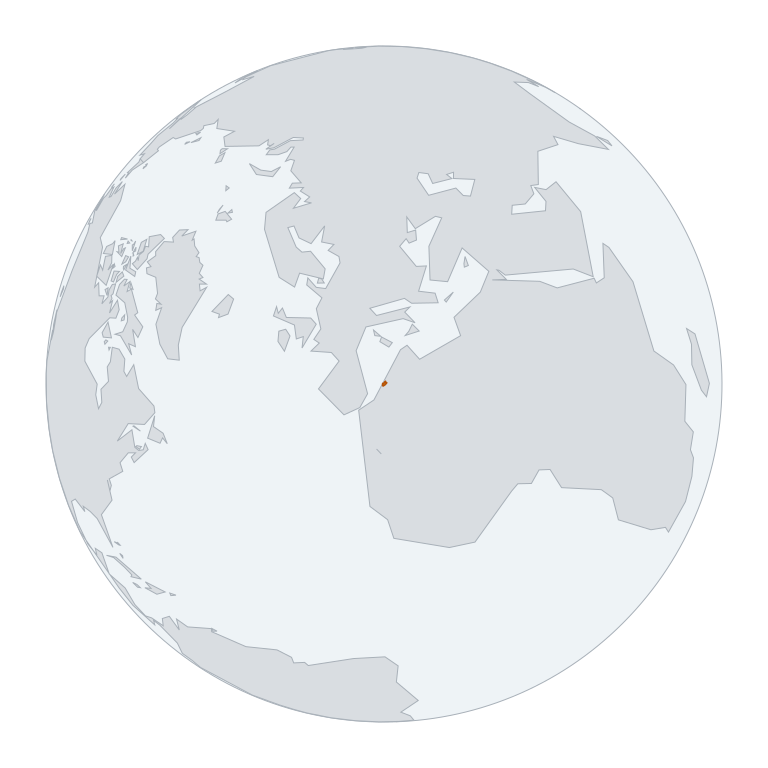 globe centered on Tissemsilt, rotated 312°
{"feature_id": "DZA-2206", "entity_name": "Tissemsilt", "entity_type": "Province", "adm_level": 1, "iso_a3": "DZA", "parent_name": "Algeria", "parent_adm1": "", "projection": "orthographic", "projection_center": [1.694, 35.775], "detail": "fine", "context": "on_globe", "style": "filled", "palette": "amber", "viewbox_px": 768, "rotation_deg": 312, "n_neighbors": 0, "source": "natural_earth", "source_scale": "10m", "svg_char_len": 10708}
<svg xmlns="http://www.w3.org/2000/svg" viewBox="0 0 768 768"><g transform="rotate(312 384 384)"><circle cx="384" cy="384" r="338" fill="#eef3f6" stroke="#a8b0b8"/><path d="M112.5,182.8L126.9,164.7L126.3,165.5L145.3,144.8L165.9,125.9L175.8,117.9L202.6,101.5L193.9,107.4L201.4,103.6L212.8,96.4L218.4,92.7L259.5,76.4L298.8,62.3L306.5,58.0L308.6,59.5L319.8,52.8L338.0,49.3L320.3,53.4L320.7,54.2L334.6,51.2L338.0,51.5L346.7,50.6L349.6,51.5L339.0,54.8L340.6,55.7L350.4,53.7L359.4,54.1L344.8,56.7L359.1,57.8L344.0,65.6L302.9,75.2L297.3,83.3L262.3,104.2L268.3,104.2L258.9,113.3L262.2,117.0L254.8,120.7L263.9,120.6L270.1,116.7L276.2,115.5L278.7,117.6L269.7,122.3L267.1,122.0L265.7,124.5L260.1,126.1L264.3,126.5L253.1,132.5L267.9,129.9L262.0,137.5L253.5,140.7L249.7,135.9L220.5,134.5L210.8,137.8L200.8,146.4L192.0,170.9L183.1,177.0L174.6,188.4L181.5,186.6L190.7,177.2L201.6,177.5L211.5,166.9L217.4,165.8L229.5,157.5L232.6,163.8L229.1,174.7L219.3,182.3L217.4,187.7L230.9,185.1L216.4,204.7L213.7,227.8L209.4,232.9L193.7,233.1L183.4,220.4L163.1,224.0L181.3,227.3L170.2,241.2L170.5,246.2L174.0,249.1L180.1,246.3L177.4,252.6L158.4,250.9L160.6,245.1L166.6,245.4L161.7,240.0L148.9,240.5L144.3,248.3L129.7,243.3L126.2,249.2L121.1,251.9L127.6,242.6L115.7,259.6L97.8,261.4L81.2,291.9L92.1,260.9L92.7,250.9L91.9,242.4L89.0,247.1L91.9,231.5L87.7,230.3L76.0,249.0L67.0,270.8L64.7,285.2L68.7,279.4L69.8,287.3L59.0,306.9L59.2,328.1L53.4,346.4L52.1,361.9L54.7,367.8L56.6,381.7L61.4,376.2L67.7,379.9L64.2,396.5L70.5,387.1L72.1,400.6L86.7,419.4L84.6,421.7L96.4,457.1L114.8,482.4L119.0,498.2L116.3,503.5L124.0,511.3L124.1,516.1L159.6,545.1L181.9,567.3L184.0,583.1L170.8,592.6L171.7,621.2L151.4,616.1L155.0,625.6L154.2,631.2L140.8,618.6L146.4,624.2L129.7,606.5L114.4,587.7L100.4,567.8L88.0,546.9L81.8,534.6L75.3,520.5L64.6,494.0L50.6,437.4L50.2,426.0L48.9,414.4L53.2,403.8L54.8,378.7L54.1,371.1L51.6,374.8L51.5,345.7L55.2,323.7L71.0,256.7L82.7,230.9L96.6,206.2L112.5,182.8ZM76.0,300.7L76.6,334.2L71.5,324.9L73.4,324.4L74.2,313.7L74.1,299.2L71.0,292.4L76.0,300.7ZM86.8,293.5L86.3,289.0L87.5,292.2L86.8,293.5ZM220.4,91.2L212.6,96.3L201.1,103.2L207.1,98.7L220.4,91.2ZM242.9,80.3L240.2,82.2L232.1,85.0L236.2,83.0L242.9,80.3ZM311.1,55.5L304.1,57.5L309.7,55.6L311.1,55.5ZM347.4,50.3L348.3,49.9L352.4,49.7L347.4,50.3ZM227.0,154.7L228.1,156.1L225.3,156.9L227.0,154.7ZM231.1,150.0L226.8,150.0L228.2,147.8L230.7,147.8L231.1,150.0ZM360.6,51.1L366.9,51.3L358.6,51.6L360.6,51.1ZM235.9,150.6L231.0,144.0L233.5,140.2L245.3,137.5L235.9,150.6ZM369.4,51.9L384.9,53.3L388.2,52.1L387.6,57.2L374.6,53.8L363.9,54.0L369.9,52.9L369.4,51.9ZM270.9,114.6L264.5,118.9L267.5,113.5L270.9,114.6ZM271.4,111.5L271.9,98.3L282.8,93.6L280.4,98.7L292.5,91.6L297.5,95.7L291.9,100.5L284.0,102.6L292.0,102.7L271.4,111.5ZM384.7,60.3L386.9,61.4L382.6,60.9L384.7,60.3ZM278.8,114.7L278.0,112.2L287.3,107.8L290.7,112.1L286.6,112.0L278.8,114.7ZM293.2,88.1L300.7,85.9L306.8,88.5L310.6,88.2L298.5,95.5L293.2,88.1ZM285.8,114.1L292.2,114.5L290.1,118.5L280.3,116.9L285.8,114.1ZM288.3,105.0L292.8,103.2L291.4,105.5L288.3,105.0ZM286.4,134.2L285.2,130.8L289.9,128.1L286.4,134.2ZM294.7,114.3L295.4,113.0L297.1,111.7L300.8,112.8L294.7,114.3ZM303.7,97.1L304.6,98.8L308.9,94.2L313.7,96.4L304.7,101.0L310.6,100.0L312.1,100.7L303.2,103.8L303.7,97.1ZM309.7,110.3L300.0,117.7L301.3,124.4L297.1,126.8L295.8,115.7L309.7,110.3ZM306.6,106.1L307.6,109.1L301.9,110.3L297.7,109.0L306.6,106.1ZM320.1,96.4L315.1,91.8L317.2,91.0L320.1,96.4ZM311.2,111.9L313.5,110.1L312.0,112.2L311.2,111.9ZM318.6,100.7L316.6,99.1L319.0,98.2L318.6,100.7ZM319.8,108.2L316.7,110.4L313.8,109.5L319.8,108.2ZM320.2,104.5L324.1,103.8L314.6,107.8L318.9,103.9L320.2,104.5ZM321.3,100.2L322.1,99.1L321.8,101.0L321.3,100.2ZM332.8,110.9L321.5,116.2L315.1,113.9L326.9,108.9L332.8,110.9ZM472.8,57.9L464.5,57.2L430.1,53.7L445.1,54.9L444.9,56.1L452.2,57.6L462.5,58.9L461.7,58.1L494.6,70.5L525.7,81.7L515.8,75.5L517.9,75.0L544.6,86.7L594.6,119.7L595.2,120.2L606.3,129.5L606.9,130.1L601.0,125.1L613.2,136.5L605.2,129.8L618.6,142.8L622.6,145.6L614.7,137.3L629.9,152.4L631.1,153.5L646.8,171.6L661.2,190.8L674.2,210.9L685.8,231.9L692.3,245.8L693.0,247.2L701.9,269.4L709.2,292.2L709.2,292.3L712.9,306.6L715.0,316.2L712.7,305.8L705.8,286.2L708.5,300.0L704.7,289.7L695.6,278.8L697.4,298.7L702.6,346.3L709.3,374.6L708.5,393.8L692.7,367.7L681.5,344.3L678.3,353.1L659.9,342.6L635.5,365.2L629.7,360.3L625.6,368.1L612.3,368.5L602.6,359.7L595.6,365.3L620.8,388.1L628.1,382.2L630.9,364.4L636.9,374.4L649.4,376.5L643.7,414.8L603.7,467.7L596.1,447.7L546.1,401.3L545.5,393.6L545.2,392.8L544.3,391.5L543.6,404.8L533.8,394.8L564.5,431.0L571.3,448.4L603.2,469.4L601.2,474.2L610.3,476.6L635.0,452.6L636.0,459.8L626.6,500.6L589.1,562.5L591.9,586.5L585.6,608.8L557.6,632.5L555.4,645.9L540.2,655.7L536.2,663.4L521.4,674.6L498.4,686.7L464.3,694.5L465.8,689.1L454.3,679.9L439.9,649.1L452.4,630.2L450.9,616.2L425.8,585.3L431.6,564.6L423.9,556.7L408.7,560.1L399.4,550.2L389.8,550.5L327.4,557.4L306.2,542.0L275.9,494.6L285.6,477.5L283.6,455.5L347.6,382.7L365.4,387.2L420.5,373.3L428.2,375.2L426.2,393.9L471.2,408.6L480.4,391.4L516.7,394.1L537.9,386.5L537.4,351.0L502.6,362.8L492.1,348.6L516.4,325.2L546.1,315.7L543.0,310.0L520.4,303.3L523.4,289.1L512.1,300.0L519.6,304.5L512.7,311.8L505.5,308.4L506.8,303.2L496.8,303.5L493.0,329.3L500.1,336.5L476.1,347.6L485.7,361.2L480.6,369.9L462.5,350.5L461.3,341.9L430.8,322.8L429.9,332.6L458.6,351.7L451.3,351.3L450.3,366.1L445.4,354.5L414.3,332.4L390.1,341.0L365.8,378.3L350.3,381.8L334.3,374.9L336.5,338.6L371.0,335.3L372.2,323.8L359.6,307.7L371.1,308.5L370.2,302.0L382.7,300.2L394.7,283.3L406.5,280.2L405.9,260.3L411.9,256.4L410.5,269.0L415.9,276.8L444.6,270.3L448.6,265.2L445.9,253.1L454.2,253.4L447.8,242.6L461.8,234.1L439.5,235.9L435.7,223.1L441.2,211.4L435.9,207.9L427.0,227.1L427.1,234.8L433.5,240.6L430.2,263.2L421.5,268.6L409.9,247.1L396.2,252.7L393.1,234.7L419.0,191.7L432.6,181.5L466.2,189.3L466.1,198.0L454.0,199.1L470.1,208.9L466.4,202.9L473.3,203.6L471.4,192.7L476.2,192.7L466.2,182.6L471.9,181.5L478.1,187.9L480.1,172.1L490.3,167.8L488.5,164.3L483.6,161.8L499.9,158.7L497.8,156.3L491.7,156.3L483.6,151.9L475.6,143.1L481.6,142.5L485.3,145.5L502.2,151.6L511.2,160.6L512.9,159.5L506.5,151.6L485.9,144.1L479.4,139.1L489.3,141.4L485.2,140.2L483.8,137.5L488.2,134.6L477.3,131.7L454.2,106.9L460.4,99.7L471.8,103.8L462.0,88.8L469.7,83.7L464.0,83.5L455.5,77.3L453.0,78.7L449.7,78.2L426.7,65.2L426.1,62.4L409.8,58.4L406.8,58.5L406.4,60.3L387.6,57.2L388.2,52.1L394.8,51.9L390.8,49.5L406.4,49.8L417.4,49.7L436.9,52.7L443.9,53.0L441.4,52.1L449.2,52.7L469.1,57.0L472.8,57.9ZM330.7,422.0L330.2,428.8L330.7,422.0ZM581.5,322.5L596.8,314.6L583.2,298.1L587.9,294.0L581.6,290.3L582.1,297.0L565.6,286.0L569.8,276.1L564.5,268.4L559.1,270.8L554.1,290.9L577.7,306.3L577.1,316.8L581.5,322.5ZM87.2,419.8L88.6,425.3L85.9,422.3L87.2,419.8ZM68.4,330.0L69.7,334.5L69.6,339.2L68.1,336.9L68.4,330.0ZM85.3,364.7L87.9,370.7L84.1,367.2L85.3,364.7ZM77.3,339.0L83.0,360.5L75.8,355.9L72.6,342.6L76.2,347.7L77.3,339.0ZM81.3,300.9L81.5,304.6L79.8,306.8L81.3,300.9ZM87.7,295.9L87.2,295.2L88.1,291.5L87.7,295.9ZM171.4,241.3L172.8,241.6L175.2,245.6L171.9,245.9L171.4,241.3ZM199.6,252.8L194.6,262.9L195.8,255.5L190.1,257.2L185.6,244.6L207.0,234.8L198.1,241.2L199.6,252.8ZM185.6,226.1L186.0,234.5L184.7,225.7L185.6,226.1ZM352.9,270.5L358.9,274.3L356.8,282.0L341.7,288.1L344.7,276.7L352.9,270.5ZM367.9,278.0L360.6,256.3L369.6,252.4L365.8,258.1L372.5,257.7L368.1,266.9L384.0,285.4L383.1,293.6L355.9,299.0L365.2,292.3L358.8,288.7L367.9,278.0ZM325.8,215.0L322.8,207.6L346.3,208.4L346.5,215.4L331.6,221.3L322.6,216.6L325.8,215.0ZM257.7,148.0L255.1,146.5L257.6,145.0L261.9,145.0L257.7,148.0ZM285.5,132.8L272.2,153.3L268.4,152.5L265.1,166.5L253.9,170.0L256.4,160.6L245.4,174.3L243.1,167.3L236.7,177.1L243.5,155.9L241.0,150.8L248.0,154.9L258.4,151.7L262.1,148.8L270.9,137.0L270.7,125.3L281.0,120.9L288.2,121.0L289.8,123.1L282.7,125.1L290.0,126.6L280.8,131.2L285.5,132.8ZM367.6,135.1L358.6,134.7L371.7,142.0L362.6,145.2L364.7,145.8L359.9,151.0L357.8,158.6L353.0,159.2L354.2,162.0L351.1,165.8L351.1,170.0L342.6,172.7L342.0,178.2L338.3,176.4L339.5,185.3L334.7,180.0L330.2,185.0L337.2,187.5L291.0,196.1L275.3,205.1L264.7,215.9L258.0,206.4L263.6,190.8L275.8,174.5L291.9,167.7L286.0,165.1L291.9,161.3L294.1,164.9L294.3,157.2L299.8,155.1L310.6,143.0L307.4,134.0L311.3,129.8L315.3,132.3L316.4,126.4L326.6,128.5L329.6,125.7L342.7,125.3L348.6,132.6L351.5,128.9L361.6,129.0L367.6,135.1ZM336.4,111.0L345.6,118.0L345.2,123.4L322.6,121.8L318.5,124.1L304.0,124.1L305.0,116.5L309.0,117.1L313.2,116.0L311.2,118.8L315.9,115.7L321.6,116.6L326.8,114.6L328.4,117.3L336.4,111.0ZM434.2,367.3L439.6,367.2L447.4,365.0L446.9,374.7L434.2,367.3ZM412.7,352.6L417.3,350.7L420.3,362.5L414.7,362.9L412.7,352.6ZM417.1,340.1L417.3,349.7L413.8,344.8L417.1,340.1ZM414.4,267.0L418.9,264.7L420.4,267.3L419.1,272.0L414.4,267.0ZM404.5,160.5L399.4,158.7L400.1,157.0L393.2,149.4L399.4,146.9L406.0,150.5L404.5,160.5ZM533.0,358.9L528.5,367.4L524.6,365.5L526.9,362.9L533.0,358.9ZM486.8,372.7L498.7,374.0L486.5,375.4L486.8,372.7ZM410.1,156.5L406.5,153.6L411.8,154.2L410.1,156.5ZM403.6,144.8L409.3,144.7L399.4,145.7L403.6,144.8ZM629.3,581.6L602.2,625.4L590.3,632.2L591.8,624.0L604.3,599.9L619.3,585.9L627.7,571.7L629.3,581.6ZM719.8,346.0L719.7,345.5L719.6,344.5L719.8,346.0ZM710.2,376.2L714.6,387.3L713.5,394.1L710.2,376.2ZM457.7,136.5L460.5,149.3L466.5,158.1L476.3,161.8L463.6,162.6L454.3,149.0L457.7,136.5ZM454.1,110.3L445.4,108.0L448.3,106.0L450.6,106.3L454.1,110.3ZM449.5,111.0L440.7,114.0L435.3,110.8L443.3,109.0L449.5,111.0ZM425.7,134.0L426.1,137.8L421.8,137.1L425.7,134.0ZM531.9,80.2L513.8,73.8L508.0,71.8L517.6,73.7L521.2,75.4L527.1,77.9L527.7,78.2L531.9,80.2ZM389.7,60.7L387.2,61.4L387.3,60.2L389.7,60.7ZM448.5,79.2L443.9,78.3L444.2,76.6L448.5,79.2ZM431.4,75.4L434.3,77.8L428.7,75.5L431.4,75.4ZM441.2,83.6L434.2,79.0L444.5,83.1L441.2,83.6Z" fill="#d9dde1" stroke="#a8b0b8" stroke-width="1"/><path d="M384.1,383.1L384.5,383.3L384.7,383.5L384.8,383.5L384.9,383.4L385.0,383.3L385.3,383.4L385.3,383.2L385.5,383.2L385.9,383.2L386.2,383.1L386.3,383.2L386.6,383.3L387.0,383.4L386.6,384.2L386.5,384.3L386.4,384.3L386.2,384.4L386.2,384.5L386.3,384.6L386.5,384.8L386.7,385.0L386.7,385.3L386.2,385.3L385.9,385.4L385.8,385.2L385.7,385.2L385.2,385.2L384.8,385.3L384.2,385.3L384.1,385.2L383.9,385.2L383.9,385.3L383.7,385.3L383.6,385.2L383.4,385.0L383.2,385.0L383.0,384.9L382.9,384.7L382.6,384.6L382.4,384.5L382.2,384.6L382.2,384.8L381.9,384.7L381.9,384.4L381.9,384.1L382.0,384.1L382.3,384.0L382.5,383.9L382.7,383.6L382.7,383.4L382.8,383.3L382.8,383.2L383.1,383.1L383.1,382.9L383.3,382.7L383.5,382.7L383.5,382.8L383.6,383.0L383.9,383.1L384.0,383.2L384.1,383.1Z" fill="#f59e0b" stroke="#b45309" stroke-width="1.5"/></g></svg>